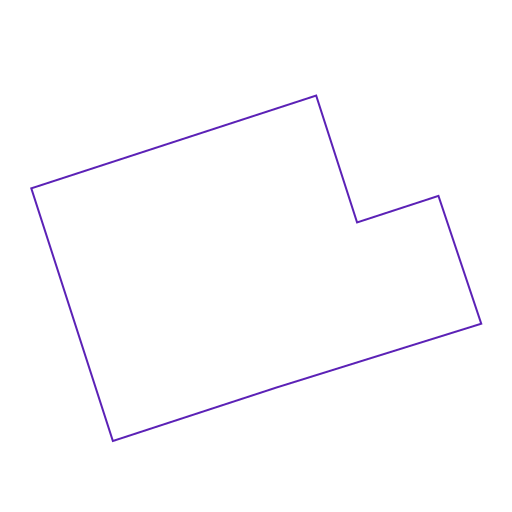 Kimble, Texas, United States of America, rotated 342°
{"feature_id": "52423323B85125570419162", "entity_name": "Kimble", "entity_type": "district", "adm_level": 2, "iso_a3": "USA", "parent_name": "United States of America", "parent_adm1": "Texas", "projection": "equal_earth", "projection_center": [-99.608, 30.499], "detail": "fine", "context": "isolated", "style": "outline", "palette": "violet", "viewbox_px": 512, "rotation_deg": 342, "n_neighbors": 0, "source": "geoboundaries", "source_scale": "gbopen_adm2", "svg_char_len": 260}
<svg xmlns="http://www.w3.org/2000/svg" viewBox="0 0 512 512"><g transform="rotate(342 256 256)"><path d="M449.3,390.0L448.1,255.2L362.5,255.3L362.8,122.0L63.2,122.2L62.7,387.7L234.6,387.4L449.3,390.0Z" fill="none" stroke="#5b21b6" stroke-width="2"/></g></svg>